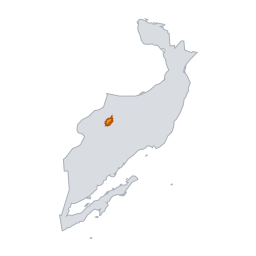 Ramos Arizpe, Coahuila, Mexico shown in context, rotated 266°
{"feature_id": "50627088B1488755030545", "entity_name": "Ramos Arizpe", "entity_type": "district", "adm_level": 2, "iso_a3": "MEX", "parent_name": "Mexico", "parent_adm1": "Coahuila", "projection": "natural_earth1", "projection_center": [-101.014, 25.924], "detail": "fine", "context": "in_parent", "style": "filled", "palette": "amber", "viewbox_px": 256, "rotation_deg": 266, "n_neighbors": 0, "source": "geoboundaries", "source_scale": "gbopen_adm2", "svg_char_len": 5288}
<svg xmlns="http://www.w3.org/2000/svg" viewBox="0 0 256 256"><g transform="rotate(266 128 128)"><path d="M30.0,55.2L46.1,53.7L45.3,55.4L70.4,65.1L89.3,65.1L89.4,61.4L101.2,61.4L103.2,64.1L111.3,71.2L113.3,77.1L114.7,79.4L122.4,84.1L124.9,82.4L126.8,78.0L129.1,77.0L134.7,77.8L139.3,82.6L142.4,89.6L147.8,96.0L148.1,100.0L150.5,105.0L162.3,109.7L163.9,109.0L160.4,121.9L159.3,137.3L159.9,140.6L163.0,145.0L162.4,147.4L162.5,145.0L159.9,141.2L160.8,144.7L163.9,151.9L169.0,158.8L170.2,163.1L173.7,167.5L172.8,167.4L174.8,168.5L174.1,167.8L177.9,168.4L180.5,169.9L182.9,172.7L189.2,170.6L193.8,170.3L196.8,168.6L200.0,168.3L200.7,168.9L200.5,169.8L203.1,170.4L204.9,169.0L204.4,166.8L203.5,167.3L203.7,166.8L208.5,163.1L208.8,160.0L210.1,158.2L210.1,153.2L210.9,149.5L214.6,147.4L221.0,146.2L223.8,144.9L227.0,144.7L232.2,145.9L232.6,145.1L231.2,145.1L233.0,144.5L235.1,146.2L235.5,148.4L234.6,151.3L231.3,155.9L231.2,158.9L229.5,160.7L229.8,161.4L231.3,161.2L229.8,163.1L229.8,163.8L230.9,163.6L228.9,171.2L228.4,171.9L227.3,170.2L227.0,167.3L225.5,170.2L223.9,170.5L222.1,174.4L219.8,174.3L219.6,175.6L207.0,175.6L207.0,180.2L204.1,180.2L211.1,187.2L210.9,189.8L202.0,189.9L198.8,196.3L199.7,198.0L198.6,202.3L192.1,194.9L186.8,190.0L183.6,188.1L183.3,188.6L186.2,190.3L181.7,188.8L182.0,187.6L180.7,188.1L180.0,187.0L179.2,188.2L180.7,188.7L178.4,189.0L176.1,190.6L168.8,193.3L164.1,191.2L160.2,190.7L157.5,188.7L154.9,187.9L153.2,186.1L146.7,184.6L138.7,180.6L133.5,176.9L131.3,174.4L125.9,173.6L120.8,171.4L117.5,167.3L110.5,163.4L106.7,158.0L105.5,154.6L108.3,153.0L107.9,151.6L106.6,151.2L108.5,148.6L108.7,145.6L107.2,144.5L105.7,141.5L105.8,138.8L104.8,136.3L100.6,131.6L97.1,126.0L91.4,121.2L93.1,122.1L93.2,121.1L90.2,120.0L88.0,116.2L89.6,116.3L85.2,113.7L84.6,112.5L83.0,113.0L82.7,112.4L84.0,110.9L81.8,112.0L80.6,110.9L80.3,108.4L81.9,106.2L82.5,106.6L81.4,104.3L80.0,102.9L78.2,102.9L77.0,99.9L74.7,99.2L73.4,97.9L72.5,95.2L73.1,93.4L69.2,92.6L62.3,84.0L62.0,81.9L61.0,81.3L56.7,70.6L56.4,67.4L56.9,66.3L53.1,64.9L52.2,63.2L51.0,62.6L49.6,63.6L44.5,60.4L45.4,62.5L44.6,66.5L45.7,69.7L46.5,75.8L51.7,81.1L53.3,84.7L54.1,84.6L54.5,85.7L55.2,85.8L55.9,88.1L57.4,88.8L58.2,93.7L60.9,96.2L61.7,99.0L63.0,99.9L63.9,103.1L65.0,103.9L64.4,101.5L65.9,102.9L67.6,110.4L69.3,112.6L71.6,118.0L71.2,120.2L71.7,122.3L73.6,124.2L74.4,122.2L80.0,129.3L79.4,131.9L77.2,133.9L75.9,134.1L73.6,128.3L64.7,120.5L63.9,120.6L62.1,118.2L61.8,116.5L62.3,112.9L61.6,109.4L60.3,106.9L56.0,103.9L55.2,101.0L54.3,102.2L52.1,102.8L50.5,100.8L46.5,98.7L45.9,97.0L42.9,94.5L42.6,93.6L45.8,94.1L47.6,93.4L47.6,94.2L49.1,95.0L48.6,93.0L47.9,92.9L49.5,88.8L43.7,81.3L38.9,77.9L38.0,76.3L38.1,73.5L36.9,72.5L36.6,69.4L35.1,68.0L34.9,66.1L32.8,63.1L32.5,61.7L33.2,60.8L31.7,59.6L30.0,55.2ZM62.1,84.1L61.5,86.0L59.9,85.4L60.6,82.5L61.6,82.2L62.1,84.1ZM55.6,83.7L53.4,81.6L52.9,79.4L54.0,80.2L54.2,81.4L55.4,81.7L55.6,83.7ZM234.6,155.3L234.0,154.6L234.3,153.8L235.7,153.0L234.6,155.3ZM62.1,120.6L60.6,118.6L61.6,114.5L61.3,118.2L62.1,120.6ZM41.8,91.8L40.6,91.5L41.4,89.3L42.0,90.9L41.8,91.8ZM21.3,84.6L20.3,83.2L20.5,82.6L20.9,82.6L21.3,84.6ZM63.5,120.7L64.5,122.2L62.4,120.7L63.5,120.7ZM99.8,144.6L99.6,145.3L99.1,145.0L98.9,143.9L99.8,144.6ZM72.2,116.5L72.6,117.8L71.5,116.2L72.2,116.5ZM68.4,108.4L69.0,108.9L68.1,110.0L68.4,108.4ZM69.1,168.1L68.7,168.2L68.1,167.7L68.6,167.1L69.1,168.1ZM202.3,168.3L201.1,168.6L203.1,167.9L202.3,168.3ZM77.5,123.6L77.0,123.4L76.9,122.2L77.5,123.6Z" fill="#d9dde1" stroke="#a8b0b8" stroke-width="1"/><path d="M138.1,112.9L138.1,112.7L138.3,112.7L138.4,112.9L138.5,112.9L138.8,112.7L139.1,112.7L139.3,112.6L139.5,112.5L139.8,112.6L140.0,112.6L140.3,112.7L140.9,112.7L140.7,112.5L140.5,112.4L140.4,112.4L140.2,112.2L139.9,112.2L139.6,111.9L139.5,111.7L139.1,111.7L139.1,111.3L139.0,111.1L138.8,110.7L138.6,110.2L138.7,109.9L138.8,109.8L138.8,109.7L138.9,109.4L138.8,109.1L138.5,109.1L138.3,109.0L138.3,108.6L138.2,108.1L138.0,107.9L137.9,107.8L137.9,107.7L137.7,107.5L137.6,107.4L137.3,107.3L137.2,107.1L136.9,107.1L136.7,106.9L136.4,106.7L136.2,106.4L135.5,106.2L135.5,106.3L135.4,106.3L135.4,106.2L135.3,106.3L135.2,106.3L135.1,106.5L134.7,106.5L134.5,106.4L134.4,106.3L134.2,105.9L133.9,106.5L133.7,106.4L133.4,106.3L133.3,106.1L133.2,106.1L133.0,105.4L132.9,106.2L132.6,106.2L132.1,106.0L132.3,106.9L131.7,106.9L131.8,106.9L131.6,107.7L132.1,107.8L132.2,108.3L132.4,108.8L132.1,109.0L132.3,109.4L132.4,109.5L132.4,109.8L132.5,110.2L133.0,110.1L133.4,110.3L133.5,110.3L133.7,109.8L133.6,109.7L133.6,109.4L133.9,109.9L134.1,109.8L134.3,109.8L134.2,109.9L134.3,109.9L133.7,110.2L133.6,110.8L133.6,111.1L134.4,111.2L134.6,111.2L134.4,111.0L134.3,110.8L134.3,110.7L134.2,110.6L135.0,110.7L134.9,110.9L134.9,111.0L134.8,111.3L134.7,111.4L134.6,111.5L134.4,111.5L134.6,111.7L134.8,111.9L134.9,111.7L135.0,111.8L134.9,111.7L135.0,111.7L135.3,111.5L136.1,111.8L136.3,111.9L136.4,112.0L136.2,112.0L136.0,112.3L135.9,112.5L136.1,112.5L135.8,112.6L135.8,112.8L135.5,113.0L135.8,113.2L136.0,113.2L136.5,113.1L137.0,112.9L137.3,112.8L137.4,112.7L137.5,112.7L137.7,112.8L137.8,112.8L137.7,112.9L137.8,112.9L137.9,112.7L137.9,112.8L137.9,112.7L138.0,112.6L138.0,112.8L138.0,112.7L138.0,112.8L138.0,112.7L138.0,112.8L138.1,112.9Z" fill="#f59e0b" stroke="#b45309" stroke-width="1.5"/></g></svg>